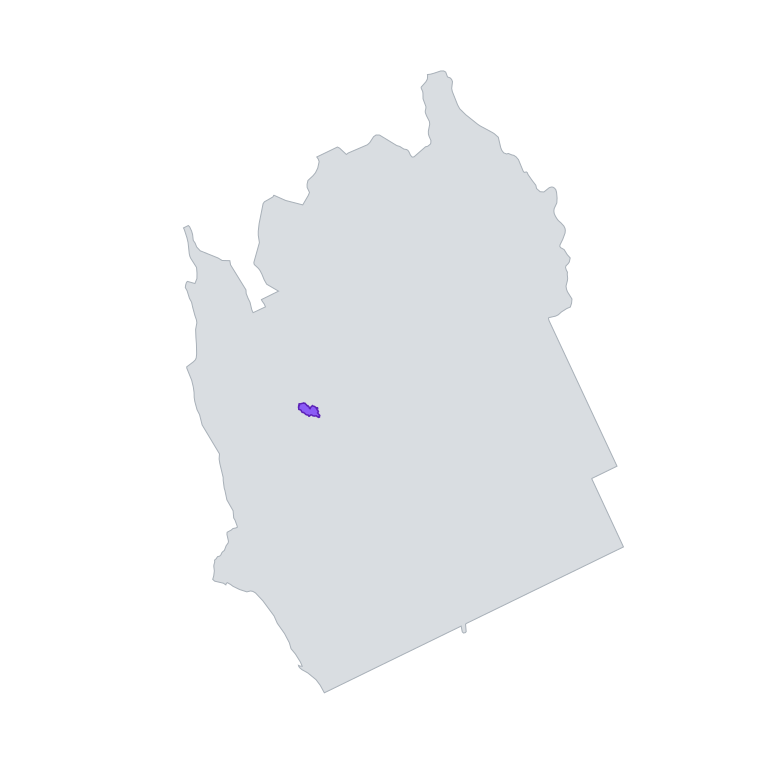 location of Al Kamlin, Gezira, Sudan, rotated 154°
{"feature_id": "16777658B48918222085465", "entity_name": "Al Kamlin", "entity_type": "district", "adm_level": 2, "iso_a3": "SDN", "parent_name": "Sudan", "parent_adm1": "Gezira", "projection": "equal_earth", "projection_center": [32.926, 15.143], "detail": "fine", "context": "in_parent", "style": "filled", "palette": "violet", "viewbox_px": 768, "rotation_deg": 154, "n_neighbors": 0, "source": "geoboundaries", "source_scale": "gbopen_adm2", "svg_char_len": 5249}
<svg xmlns="http://www.w3.org/2000/svg" viewBox="0 0 768 768"><g transform="rotate(154 384 384)"><path d="M495.8,612.2L490.4,612.2L489.8,610.5L489.9,605.8L490.5,602.3L492.5,596.7L492.0,593.6L492.3,589.2L490.8,584.3L477.9,570.0L475.4,566.0L468.5,562.4L469.7,558.4L466.8,529.1L468.2,525.8L468.6,520.7L468.6,516.2L470.3,508.7L470.4,505.5L456.7,505.3L456.6,508.5L457.2,512.1L457.2,513.6L438.1,513.7L445.7,525.1L446.0,530.1L445.6,536.4L445.7,540.4L446.2,543.0L448.2,548.2L448.1,549.1L447.6,550.4L434.0,565.7L431.8,572.8L430.0,576.5L426.0,582.8L413.6,599.1L411.6,600.2L402.1,600.8L401.2,601.2L400.5,601.9L400.1,601.8L392.0,592.1L378.5,580.6L369.5,586.6L367.0,588.8L366.9,594.4L365.6,597.2L363.1,600.3L356.5,602.3L353.0,603.9L348.9,607.1L344.8,612.3L344.5,615.0L344.9,617.5L322.0,617.4L320.5,615.4L317.2,606.8L314.9,607.3L294.0,606.3L291.0,607.2L285.0,610.8L282.0,611.3L278.9,609.7L268.0,592.7L265.7,590.6L263.2,586.5L260.9,584.8L260.1,583.5L259.8,581.7L259.9,577.9L259.2,575.6L257.5,575.0L242.7,579.0L240.6,578.5L237.4,579.2L236.4,579.9L235.1,582.2L234.9,586.9L234.5,589.2L233.3,591.8L229.0,597.5L228.1,600.1L228.2,606.4L227.9,609.7L227.3,611.2L225.4,613.6L224.7,615.0L223.9,623.2L221.6,628.1L221.0,629.9L220.9,633.4L220.5,634.5L213.8,637.3L211.3,639.1L209.7,641.9L209.3,643.1L206.5,642.1L202.8,641.4L195.9,640.5L193.1,639.2L191.8,637.3L192.3,632.3L191.6,631.3L190.5,630.4L189.7,628.2L189.9,625.7L193.6,620.0L194.4,616.9L195.5,602.6L195.3,598.2L192.5,590.2L185.9,576.3L184.3,573.6L176.1,562.2L175.1,560.5L173.1,555.7L175.5,545.2L175.7,542.3L175.1,539.3L173.0,537.0L171.2,536.7L168.7,533.9L167.1,532.6L165.7,530.2L164.8,526.7L165.6,514.3L165.2,512.7L163.1,512.2L162.6,511.3L162.7,508.9L161.6,501.9L160.4,496.1L161.2,492.8L159.4,488.4L156.1,486.5L149.4,488.0L147.3,487.7L145.9,486.9L144.9,485.3L144.4,483.4L144.9,480.6L146.9,475.3L149.3,471.0L154.2,467.0L155.5,465.0L156.3,462.6L156.4,460.0L156.2,457.2L155.7,454.6L154.3,451.2L153.1,447.2L153.1,444.5L153.7,442.6L155.1,440.3L159.9,435.7L164.8,431.9L165.7,430.6L165.4,429.0L163.2,425.9L162.6,419.9L161.4,415.7L163.9,412.5L165.8,411.4L168.7,410.4L169.8,409.1L170.2,406.5L170.1,404.1L171.2,402.3L172.6,398.5L173.7,396.7L177.5,392.2L178.4,389.3L178.7,386.5L177.8,378.0L180.0,374.4L182.8,371.5L186.7,371.7L192.9,371.0L197.0,369.8L200.0,369.8L206.8,371.4L207.5,370.7L207.9,368.5L210.6,208.0L238.4,208.0L238.8,207.8L240.2,132.6L414.5,132.7L416.0,132.4L418.7,125.4L419.9,124.9L421.7,125.3L422.3,126.9L420.8,132.6L573.0,132.6L573.4,141.2L574.7,148.0L579.2,157.8L582.9,163.1L584.2,166.0L584.4,167.4L584.2,168.6L583.1,167.2L581.2,166.2L581.0,170.8L582.0,180.2L583.6,186.8L582.5,192.9L582.8,203.3L584.8,215.7L584.5,223.7L587.9,242.2L591.1,252.6L592.8,255.1L594.7,256.5L598.4,257.3L603.9,262.6L608.3,268.2L609.8,271.1L611.9,274.2L613.4,273.7L614.2,272.8L615.7,275.4L622.6,281.0L623.6,283.5L621.2,286.1L618.4,290.4L617.0,294.5L616.3,295.8L614.1,298.3L613.7,299.6L612.7,300.3L611.6,300.4L609.3,301.8L607.2,301.3L605.1,302.1L604.3,303.1L602.6,303.9L600.4,304.4L596.8,307.8L593.7,309.5L592.7,310.9L591.1,317.7L590.0,319.5L585.3,319.7L583.1,320.3L580.0,319.5L578.5,319.6L578.2,321.1L577.6,326.9L577.8,329.5L575.2,336.2L576.0,348.7L573.6,358.2L573.3,360.3L570.8,367.8L569.5,370.6L566.4,384.5L565.1,388.8L562.5,393.3L565.4,426.9L563.2,437.3L563.3,442.9L561.7,451.2L560.5,455.1L558.4,459.7L556.7,464.9L555.2,471.7L554.3,484.7L553.8,485.9L545.6,487.5L543.0,488.4L541.3,489.8L539.2,493.2L535.0,502.3L532.8,507.9L529.4,515.6L525.4,521.0L524.5,523.7L523.9,528.6L522.4,536.4L521.1,541.9L521.3,546.3L520.1,554.1L520.3,557.8L518.9,559.9L517.0,561.9L515.7,562.4L509.9,557.2L505.9,560.8L503.4,565.8L501.4,570.9L502.6,581.6L502.5,583.9L501.9,586.5L498.1,597.0L497.0,601.8L495.8,610.2L495.8,612.2Z" fill="#d9dde1" stroke="#a8b0b8" stroke-width="1"/><path d="M471.0,400.7L471.1,400.3L471.7,398.5L471.5,398.3L470.4,397.3L470.0,396.5L470.2,395.2L470.0,394.8L470.0,394.6L469.9,394.3L469.8,394.2L469.3,394.0L469.1,393.9L468.8,393.7L468.6,393.1L468.2,392.6L467.9,391.6L467.7,391.2L467.5,390.7L467.0,390.2L466.8,390.0L465.9,389.4L465.9,389.2L465.8,388.9L465.6,388.8L465.7,388.1L465.3,387.8L464.8,387.9L464.1,388.1L463.7,388.2L463.3,388.3L463.0,388.2L462.6,387.9L462.3,387.4L462.2,387.2L462.0,386.8L461.9,386.6L461.7,386.5L461.4,386.3L461.3,386.2L461.2,386.1L460.8,385.8L460.7,385.8L460.6,385.7L460.4,385.6L459.9,385.5L459.7,385.4L459.4,385.3L459.2,385.2L458.8,385.0L458.6,384.9L458.5,384.7L458.5,384.4L458.4,384.2L458.3,383.8L457.9,383.6L457.7,383.3L457.7,383.0L457.5,382.7L456.8,382.5L456.3,382.7L456.5,383.5L455.5,384.0L456.4,387.1L456.2,387.2L455.1,387.8L455.3,389.3L455.0,389.3L455.0,389.5L455.3,389.5L455.4,391.3L454.2,391.4L454.3,391.9L454.8,392.2L455.3,392.2L455.5,392.2L455.7,393.2L456.5,394.5L457.8,395.6L457.9,395.9L458.1,395.8L459.1,395.6L460.2,395.1L460.5,394.9L461.0,394.3L461.3,394.2L461.6,395.0L461.2,395.3L461.2,395.6L461.5,396.2L461.8,396.7L461.7,397.2L461.9,397.8L462.4,397.8L462.7,398.9L462.8,398.9L462.8,399.1L463.0,399.7L463.1,399.9L463.1,400.0L463.5,401.4L463.8,401.5L464.0,401.5L464.4,402.1L464.6,402.0L464.9,402.0L465.1,402.2L466.3,402.5L466.9,402.6L468.2,402.9L468.9,403.4L469.2,403.0L469.8,402.4L469.6,401.7L470.3,401.6L470.4,401.3L470.7,400.7L471.0,400.7Z" fill="#8b5cf6" stroke="#5b21b6" stroke-width="1.5"/></g></svg>